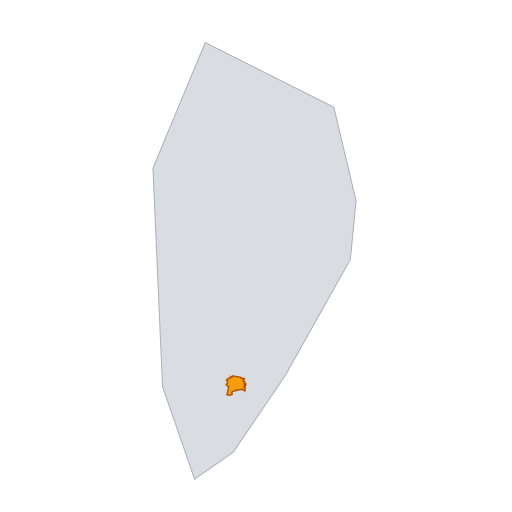 Balata, Castries, Saint Lucia shown in context, rotated 175°
{"feature_id": "8701671B12100696846936", "entity_name": "Balata", "entity_type": "district", "adm_level": 2, "iso_a3": "LCA", "parent_name": "Saint Lucia", "parent_adm1": "Castries", "projection": "mercator", "projection_center": [-60.955, 14.015], "detail": "fine", "context": "in_parent", "style": "filled", "palette": "amber", "viewbox_px": 512, "rotation_deg": 175, "n_neighbors": 0, "source": "geoboundaries", "source_scale": "gbopen_adm2", "svg_char_len": 3003}
<svg xmlns="http://www.w3.org/2000/svg" viewBox="0 0 512 512"><g transform="rotate(175 256 256)"><path d="M351.0,352.5L288.0,473.0L165.5,397.4L151.5,302.2L162.3,244.4L237.3,134.3L295.7,62.7L336.6,39.0L360.5,134.0L351.0,352.5Z" fill="#d9dde1" stroke="#a8b0b8" stroke-width="1"/><path d="M285.6,124.2L285.1,124.2L284.9,124.1L284.7,124.1L284.4,124.0L284.0,124.1L283.9,124.1L281.0,124.5L280.9,124.3L280.9,124.2L280.9,123.9L280.5,123.7L279.7,123.3L279.1,122.9L278.7,122.8L278.7,122.7L278.6,122.8L278.7,123.1L278.7,123.3L278.8,123.7L278.8,123.8L278.8,124.0L278.7,124.1L278.7,124.3L278.6,124.5L278.5,124.8L278.4,124.9L278.4,125.0L278.3,125.3L278.3,125.5L278.5,125.7L278.7,125.8L278.8,125.9L278.7,126.0L278.4,126.1L278.2,126.2L278.1,126.3L278.1,126.5L278.3,126.7L278.5,126.7L278.8,126.8L279.2,126.8L279.3,126.9L279.5,127.0L279.5,127.3L279.4,127.4L279.4,127.5L279.2,127.6L278.9,127.8L278.7,127.9L278.5,127.7L278.4,127.5L278.2,127.4L278.0,127.5L277.9,127.6L278.0,127.7L278.0,127.8L278.1,128.0L278.3,128.1L278.5,128.2L278.6,128.3L278.5,128.5L278.4,128.6L278.3,128.8L278.1,128.8L277.9,128.8L277.7,128.7L277.6,128.8L277.4,128.9L277.3,129.0L277.2,129.1L277.1,129.3L277.3,129.4L277.5,129.5L277.9,129.5L278.0,129.5L278.0,129.4L278.3,129.3L278.5,129.3L278.7,129.5L278.8,129.5L278.8,129.9L278.7,129.9L278.6,130.0L278.5,130.3L278.5,130.5L278.4,130.6L278.2,130.8L278.1,131.0L278.1,131.3L278.0,131.5L278.2,131.8L278.3,131.9L278.5,131.9L278.8,132.1L279.0,132.2L279.3,132.3L279.5,132.4L279.8,132.6L279.8,132.8L279.9,133.0L279.8,133.4L279.7,133.5L279.3,133.7L279.2,133.8L278.9,134.0L278.7,134.1L278.4,134.2L278.3,134.3L278.3,134.5L278.3,134.8L278.4,135.0L278.5,135.0L279.0,135.0L279.1,134.9L279.3,134.9L279.4,135.0L279.5,135.1L279.9,135.1L280.2,135.4L280.4,135.6L280.8,135.7L281.3,135.6L281.3,135.9L281.5,136.1L282.0,136.4L282.2,136.6L286.1,137.5L287.0,137.9L287.8,138.1L289.0,138.4L289.5,138.6L290.0,138.0L290.4,137.8L290.8,137.6L291.5,137.9L291.4,137.7L291.2,137.4L291.0,137.2L291.3,137.1L291.6,137.0L291.8,137.0L292.0,137.0L292.2,136.9L292.3,136.9L292.5,136.9L292.8,136.9L293.1,136.9L293.4,136.7L293.5,136.7L293.7,136.4L293.8,136.4L294.0,136.2L294.3,136.2L294.5,136.2L294.8,136.0L295.0,136.0L295.3,136.0L296.2,134.8L295.8,134.6L295.3,134.0L295.4,132.7L295.6,132.1L296.3,131.2L297.0,130.5L295.4,128.6L295.2,128.6L294.5,128.4L294.6,128.0L294.6,127.8L294.6,127.7L294.8,127.2L294.9,126.9L294.9,126.7L295.2,126.0L295.3,125.7L295.4,125.4L295.5,125.0L295.9,123.8L296.3,122.3L296.7,121.0L297.0,120.4L296.0,120.0L295.0,119.7L294.9,119.6L291.8,119.9L291.6,119.7L291.8,120.1L291.8,120.3L291.9,120.5L291.9,120.8L291.9,121.2L292.1,121.6L292.0,121.8L292.0,122.0L291.9,122.4L291.8,122.5L291.4,122.8L290.8,123.0L290.6,123.1L290.4,123.1L290.2,123.2L290.1,123.3L289.9,123.3L289.7,123.3L289.4,123.4L289.2,123.5L288.8,123.6L288.6,123.7L288.3,123.8L288.2,123.8L287.8,123.9L287.7,123.9L287.4,123.8L287.3,123.7L287.2,124.0L286.9,124.2L286.9,124.3L286.7,124.3L286.3,124.3L285.6,124.2Z" fill="#f59e0b" stroke="#b45309" stroke-width="1.5"/></g></svg>